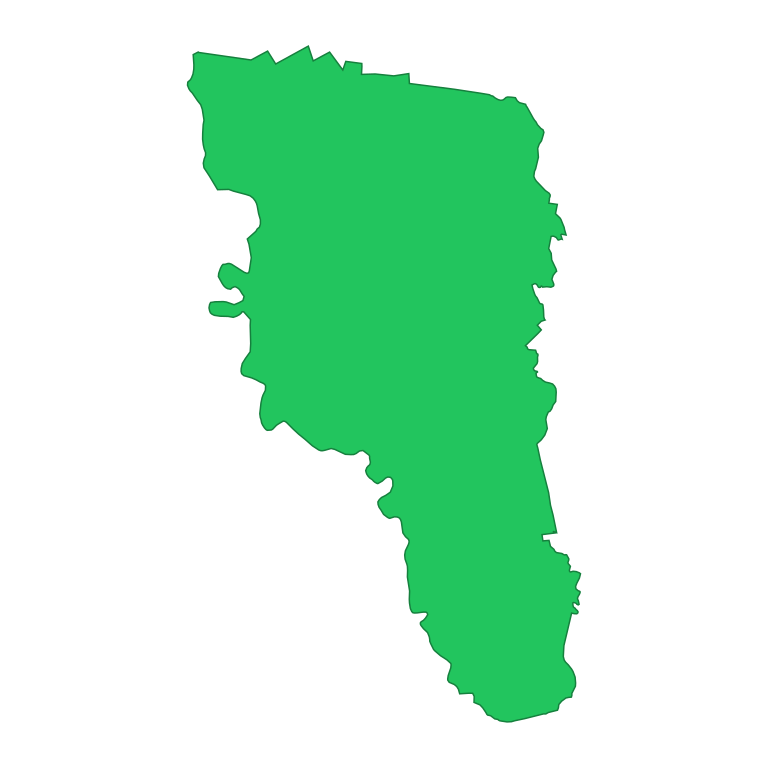 the district of Ayotoxco de Guerrero, Puebla, Mexico
{"feature_id": "50627088B34182004017380", "entity_name": "Ayotoxco de Guerrero", "entity_type": "district", "adm_level": 2, "iso_a3": "MEX", "parent_name": "Mexico", "parent_adm1": "Puebla", "projection": "mercator", "projection_center": [-97.405, 20.072], "detail": "fine", "context": "isolated", "style": "filled", "palette": "green", "viewbox_px": 768, "rotation_deg": 0, "n_neighbors": 0, "source": "geoboundaries", "source_scale": "gbopen_adm2", "svg_char_len": 6092}
<svg xmlns="http://www.w3.org/2000/svg" viewBox="0 0 768 768"><path d="M217.6,189.7L228.8,189.4L233.4,191.1L246.1,194.5L250.1,195.8L253.2,198.2L255.3,201.0L256.5,203.4L257.2,205.8L258.6,213.5L260.4,219.8L260.4,224.1L259.4,227.2L257.3,228.9L255.9,231.3L247.3,239.0L249.0,244.2L251.3,257.7L249.3,271.0L248.6,272.8L246.9,273.3L244.2,272.3L231.5,264.2L229.4,263.5L227.9,263.5L225.1,264.3L223.0,264.4L221.8,265.8L220.5,268.3L218.7,273.4L218.4,276.6L222.1,283.3L223.7,285.7L225.5,287.5L227.6,288.7L230.6,289.2L232.3,287.6L235.1,286.6L237.6,287.9L239.5,289.5L242.3,294.0L244.1,296.4L242.9,300.6L239.0,302.7L234.1,304.7L226.3,302.0L223.2,301.6L215.0,301.8L210.6,302.5L209.6,304.5L209.0,307.9L209.6,310.8L210.4,312.8L212.0,314.2L214.3,315.3L220.1,316.2L228.1,316.4L233.3,317.3L236.8,316.1L239.5,314.6L241.3,313.0L242.2,311.7L243.7,311.8L250.5,319.5L250.2,325.3L250.7,343.6L250.2,351.8L245.4,358.5L242.3,363.5L241.2,368.4L241.1,371.4L241.7,373.7L243.8,375.6L251.7,377.9L256.1,379.8L259.9,381.9L263.0,383.2L264.8,384.4L265.6,385.9L265.4,390.3L263.1,394.9L262.1,397.7L261.0,402.9L259.8,413.7L260.3,417.6L261.0,419.5L261.6,422.8L262.6,425.0L264.4,427.8L265.9,429.5L267.2,430.3L271.3,430.0L272.8,429.1L276.4,425.3L278.5,423.9L283.2,421.1L285.0,421.4L286.5,422.4L293.3,429.2L298.6,434.1L304.9,439.2L312.4,445.8L318.8,450.0L320.9,450.7L322.7,450.7L324.7,450.3L331.1,448.5L334.8,449.4L345.3,454.3L350.8,454.6L353.7,454.5L356.1,453.5L359.5,451.0L363.0,450.5L369.0,455.1L369.6,456.2L369.6,458.2L370.4,462.1L370.1,463.8L369.6,464.9L368.3,465.9L366.8,467.7L365.7,470.6L366.2,472.6L366.8,474.2L368.0,476.1L369.6,477.9L372.4,479.8L373.6,481.2L375.1,482.4L377.2,483.5L378.0,483.5L382.2,481.1L385.5,478.1L387.7,477.0L390.3,477.3L391.2,478.0L392.5,479.7L392.8,481.4L392.9,486.0L390.3,492.2L385.7,495.4L381.5,497.5L379.4,499.5L377.9,501.9L378.1,504.5L379.1,507.3L381.1,510.2L383.6,514.4L387.3,517.2L388.7,518.0L389.8,518.3L394.5,516.8L397.3,517.0L399.4,518.0L400.6,519.7L401.4,522.0L402.9,532.9L405.5,536.7L408.3,539.2L409.1,540.8L409.0,542.5L408.4,544.5L405.4,550.8L404.7,555.0L405.1,559.1L406.9,564.2L407.4,566.2L407.6,570.3L407.4,577.0L409.6,591.0L409.3,599.2L409.5,603.1L410.4,608.6L411.7,611.5L412.8,612.7L414.3,613.0L417.1,612.9L423.2,612.1L426.0,612.1L427.2,613.0L427.7,614.7L425.6,618.0L423.5,620.3L421.1,621.8L420.4,622.8L420.4,624.1L421.0,625.5L423.5,628.7L427.6,632.6L429.3,636.9L429.7,639.3L429.8,641.3L430.8,643.8L433.6,649.5L435.0,651.0L440.5,655.7L447.0,659.9L450.8,663.4L451.1,664.8L450.8,667.9L448.2,675.6L447.7,679.0L447.8,680.2L449.2,682.3L454.3,684.5L456.7,686.5L458.4,689.2L459.7,693.8L469.0,693.2L472.7,693.3L474.2,696.4L474.0,702.4L480.0,704.9L482.8,707.9L485.9,712.5L486.9,714.4L487.7,715.1L490.6,715.7L494.8,718.9L497.9,719.4L498.4,720.0L499.6,720.7L501.0,721.0L507.0,721.9L511.4,721.7L514.9,720.7L524.8,718.6L543.5,713.9L545.9,713.9L548.3,712.5L557.5,710.2L558.4,707.8L558.8,704.5L561.7,701.1L565.9,698.0L568.5,697.4L571.4,697.1L571.9,695.1L571.8,693.5L575.4,686.3L575.6,683.0L575.1,677.1L573.0,671.5L571.6,669.1L568.3,664.9L565.6,662.2L564.2,660.1L563.3,656.5L563.9,645.6L571.6,613.1L574.4,613.7L576.8,613.8L577.9,612.8L578.0,611.7L577.3,610.6L575.8,609.3L575.3,608.4L573.5,607.1L573.0,605.5L572.8,603.6L573.0,602.7L573.7,602.5L575.3,602.9L576.4,603.5L576.8,604.2L578.2,604.9L579.1,604.3L578.3,600.6L577.6,599.2L577.5,598.2L578.1,596.4L579.3,594.5L580.0,592.8L580.1,591.8L579.7,591.3L578.1,590.7L575.9,588.8L575.6,586.4L576.8,583.2L579.4,578.1L580.5,573.7L579.3,572.8L576.3,571.6L573.7,571.3L572.8,571.3L570.6,572.0L569.9,571.7L569.4,570.9L569.5,569.7L570.4,566.3L568.3,563.7L567.9,562.5L568.8,559.9L568.8,558.8L566.6,554.8L565.6,554.7L564.9,555.0L563.7,554.6L561.9,553.5L556.5,552.6L554.9,551.3L553.9,549.3L550.5,546.4L549.0,540.4L542.9,540.9L542.0,534.6L555.6,532.9L552.8,531.4L556.6,532.5L553.0,514.9L550.5,505.3L548.6,492.6L540.2,459.5L537.8,448.1L536.8,444.5L537.3,443.4L541.3,439.8L544.8,435.1L547.3,428.6L545.8,419.6L546.3,416.7L548.2,412.2L548.8,411.6L549.4,411.6L550.1,411.1L551.7,408.8L553.1,405.0L555.7,401.5L556.2,392.2L555.9,388.8L554.6,386.2L552.6,384.0L549.6,383.0L545.5,382.1L542.7,380.4L540.7,378.5L538.3,377.8L536.6,376.8L536.0,373.2L537.5,372.0L537.3,371.5L534.5,370.7L533.5,369.2L533.4,368.1L537.0,363.7L537.6,361.5L537.5,357.2L538.0,355.1L537.8,354.1L536.7,353.6L535.6,350.2L529.1,349.7L527.9,349.1L527.3,348.2L527.3,347.3L525.4,345.7L538.0,333.4L541.3,329.9L537.3,325.2L541.2,321.3L545.1,320.0L544.5,319.3L543.8,317.0L543.5,310.0L542.9,304.9L542.2,304.1L540.3,303.7L539.6,303.1L537.0,297.7L535.5,295.9L534.7,294.2L532.9,288.9L532.0,285.0L534.5,283.7L535.5,283.7L536.9,284.6L538.4,287.1L539.2,287.5L540.3,287.3L541.2,286.1L541.8,286.2L542.5,287.1L546.9,286.7L550.9,287.2L553.1,286.3L553.7,285.7L553.8,284.2L551.9,279.3L553.1,275.4L555.5,272.2L556.6,271.3L556.0,269.0L551.7,259.9L551.2,253.3L548.7,248.6L551.1,236.4L552.9,236.1L553.9,236.3L556.3,237.5L558.0,239.9L558.6,240.0L561.3,239.0L562.2,239.3L560.8,234.9L561.6,234.2L566.1,235.0L564.6,229.8L564.1,227.3L561.0,219.6L560.1,218.1L555.5,213.7L557.3,204.4L548.8,203.2L549.4,199.8L549.3,198.7L550.1,196.3L550.2,195.0L549.2,193.3L545.4,190.6L536.3,181.1L534.8,178.8L533.8,176.3L534.5,171.3L535.6,168.9L538.4,157.2L537.7,148.3L539.2,144.1L541.5,140.8L543.1,135.4L543.9,132.3L543.0,129.8L540.9,128.5L537.5,124.8L535.9,121.8L534.5,120.2L533.1,118.0L527.0,107.0L526.3,106.2L525.6,104.3L519.5,102.7L517.2,100.8L515.4,97.7L511.4,97.2L507.6,97.0L506.0,97.5L504.1,99.2L502.6,100.1L500.5,100.3L497.9,99.5L495.2,98.0L492.7,96.0L491.6,95.9L489.3,94.7L480.3,93.2L454.6,89.3L409.4,83.5L408.8,73.6L393.8,75.9L375.2,74.0L361.5,74.4L361.9,66.6L361.8,63.5L345.8,61.4L342.8,70.0L329.6,52.1L313.2,60.9L308.3,46.1L275.7,64.0L267.6,51.1L251.0,60.0L198.2,52.4L198.1,52.1L193.2,54.6L193.9,64.9L193.8,69.1L193.0,74.1L191.5,77.9L190.4,79.8L187.8,82.1L187.5,85.2L188.9,88.8L190.3,90.9L192.3,93.0L197.4,100.5L200.7,104.7L202.3,109.3L204.0,120.2L203.2,124.6L202.7,133.4L202.6,139.2L203.3,144.9L204.2,148.9L205.6,152.7L205.5,155.7L204.2,158.9L203.3,163.2L204.0,167.8L209.4,176.0L217.6,189.7Z" fill="#22c55e" stroke="#15803d" stroke-width="1.5"/></svg>